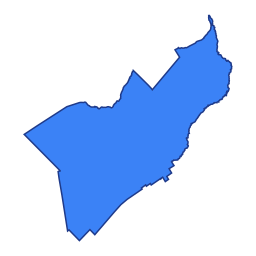 outline of San Antonio de Areco, Buenos Aires, Argentina
{"feature_id": "61730980B86135062505656", "entity_name": "San Antonio de Areco", "entity_type": "district", "adm_level": 2, "iso_a3": "ARG", "parent_name": "Argentina", "parent_adm1": "Buenos Aires", "projection": "equal_earth", "projection_center": [-59.396, -34.207], "detail": "fine", "context": "isolated", "style": "filled", "palette": "blue", "viewbox_px": 256, "rotation_deg": 0, "n_neighbors": 0, "source": "geoboundaries", "source_scale": "gbopen_adm2", "svg_char_len": 5733}
<svg xmlns="http://www.w3.org/2000/svg" viewBox="0 0 256 256"><path d="M212.9,103.8L214.0,103.3L214.1,103.1L214.0,102.8L214.2,102.6L214.7,102.7L216.2,102.6L216.8,102.7L216.8,102.4L217.3,102.0L218.5,102.0L218.3,101.6L218.5,101.2L218.9,100.9L219.6,100.7L220.0,99.7L220.9,99.4L221.3,99.3L221.6,99.5L222.1,99.2L222.3,99.0L222.2,98.5L222.4,98.1L222.9,97.6L223.0,97.2L223.0,96.9L223.3,96.6L224.0,96.5L224.6,95.4L224.9,95.1L225.4,95.3L225.5,95.5L226.0,95.7L226.4,95.6L226.4,94.5L226.0,94.2L226.2,93.9L226.8,93.7L226.9,93.3L226.4,92.7L226.5,92.4L226.7,92.2L227.2,92.4L227.3,92.3L227.2,91.9L226.8,91.6L226.8,91.3L227.3,91.1L227.7,91.3L227.9,91.6L228.1,91.5L228.4,90.6L228.7,90.2L229.1,88.5L228.5,88.0L228.4,87.7L228.0,87.6L227.9,87.1L228.0,86.3L227.7,85.5L228.3,84.1L229.0,83.8L229.1,83.6L228.9,82.5L229.2,81.8L229.2,80.9L229.3,80.7L229.3,80.4L229.0,80.2L229.2,78.5L229.0,77.4L229.1,76.6L228.7,75.5L228.7,75.0L228.9,74.6L229.4,74.0L229.4,73.6L229.2,73.2L229.3,73.0L229.7,72.9L230.3,72.1L230.8,71.9L231.0,70.6L230.5,69.9L230.5,69.7L231.0,69.6L231.1,69.2L231.6,68.8L231.4,68.4L231.8,66.5L231.6,66.2L231.5,65.8L231.1,65.6L231.1,65.4L231.3,65.2L231.3,64.9L231.1,64.2L231.2,63.9L230.9,63.4L230.8,62.7L229.8,62.4L229.5,61.7L228.8,61.4L228.0,60.4L227.3,60.5L227.2,61.1L226.8,61.2L226.0,60.2L225.7,60.0L225.6,59.1L225.4,58.7L224.7,58.4L223.7,58.6L222.6,57.9L222.3,57.4L221.5,56.7L221.4,55.9L221.1,55.5L220.9,55.0L220.5,54.8L218.8,54.7L218.1,54.2L218.0,53.9L218.6,53.4L218.9,52.9L218.6,52.7L218.4,52.7L218.0,52.0L217.5,52.0L217.0,51.6L216.9,51.3L217.1,50.4L216.9,49.5L217.2,48.5L217.1,47.9L217.4,47.2L217.4,46.0L217.1,45.2L217.0,44.3L217.3,43.5L217.4,42.6L217.5,42.2L217.8,41.8L217.8,41.3L217.7,40.7L217.0,39.3L216.7,38.4L216.3,37.7L216.4,35.6L215.9,34.9L216.0,34.0L216.0,33.8L215.7,33.5L215.6,33.3L215.6,31.8L215.2,31.5L215.3,30.9L215.1,30.3L214.2,29.3L214.4,28.7L214.3,28.1L214.4,27.9L214.7,27.8L214.8,27.5L214.7,27.3L214.1,27.1L213.9,26.2L213.9,25.8L213.8,25.7L212.3,25.3L212.1,24.3L212.6,24.1L212.6,23.9L212.6,23.5L212.4,23.1L212.5,22.8L212.5,21.9L212.7,21.5L212.5,21.0L212.5,20.2L211.7,19.3L211.7,18.8L211.0,18.4L210.4,17.6L210.3,17.0L209.8,16.3L209.5,15.6L209.2,15.4L208.7,15.5L208.8,16.5L208.6,17.1L208.7,17.4L208.7,18.1L209.0,20.2L209.1,20.3L209.7,20.6L209.9,21.6L210.3,22.1L210.3,22.6L210.7,23.4L210.8,24.0L211.1,24.5L211.0,25.7L211.1,26.5L211.0,26.9L210.8,27.7L210.8,28.6L210.2,30.2L208.2,32.3L206.8,34.5L205.5,35.5L205.0,36.4L203.9,37.5L204.0,38.0L201.5,40.0L197.0,41.4L196.1,42.1L195.5,43.0L195.2,43.2L189.6,46.0L186.7,47.7L185.1,47.6L184.7,47.9L182.8,48.2L181.8,47.8L181.2,47.9L180.7,48.0L180.0,48.5L179.3,48.1L179.0,48.2L178.3,47.6L177.6,48.6L176.4,49.0L175.0,49.8L179.6,57.2L152.3,89.8L151.5,88.6L148.1,85.0L137.5,74.5L133.3,70.5L133.2,71.2L132.8,71.3L132.4,71.7L132.5,72.2L132.3,72.5L131.9,72.9L131.7,73.5L131.7,74.9L131.4,75.0L131.2,75.3L131.0,76.2L130.2,76.7L129.9,77.2L129.5,78.1L129.8,78.4L129.0,79.3L128.8,80.2L128.3,81.0L128.2,81.8L127.6,82.3L127.4,83.0L127.2,83.3L126.4,84.0L126.1,84.5L124.9,85.6L124.6,86.0L124.2,86.2L124.1,86.6L123.4,87.5L122.9,89.4L121.9,91.7L121.5,92.2L121.2,93.6L120.8,94.1L120.6,95.5L120.8,96.0L120.6,97.8L120.7,98.5L119.7,99.4L119.3,100.1L119.2,100.6L118.6,101.2L118.0,101.2L117.5,100.9L116.8,101.1L116.5,101.6L116.1,102.7L115.2,103.3L115.1,103.5L114.3,104.1L114.2,104.6L113.7,104.9L113.4,105.4L113.2,106.4L112.4,107.4L111.6,107.8L111.2,107.8L110.2,107.1L109.8,107.1L108.6,106.7L107.3,106.8L106.5,107.2L105.6,107.4L103.7,107.3L103.0,107.5L102.1,107.0L101.7,107.0L100.8,107.5L100.5,107.9L100.1,108.1L99.5,108.7L99.0,108.8L98.3,108.5L97.9,108.2L98.0,108.0L96.8,106.9L96.0,106.8L95.4,106.6L94.9,106.5L94.8,107.1L94.0,106.9L93.2,107.0L92.4,107.0L91.9,107.1L90.8,106.8L90.6,106.6L90.3,106.5L89.5,106.1L89.3,105.7L88.2,105.3L85.7,102.3L84.8,102.1L83.8,102.5L80.6,102.4L79.4,102.6L66.8,106.7L36.7,126.1L24.2,134.4L60.1,170.7L60.0,171.1L59.1,171.1L58.1,171.6L59.1,178.6L62.0,195.4L67.6,231.0L69.0,229.9L79.4,240.6L89.9,229.6L94.8,234.7L114.3,212.0L120.9,204.6L127.2,199.3L142.1,189.1L141.4,188.0L145.7,184.9L146.4,186.2L150.3,183.5L151.2,185.0L160.4,178.7L160.7,179.1L161.3,178.5L161.2,178.2L162.7,177.2L165.3,181.6L168.5,179.4L166.8,176.4L171.6,173.0L169.1,168.7L174.0,165.6L171.6,161.9L172.1,161.5L172.1,161.1L173.3,160.7L173.6,160.1L174.6,160.2L175.6,160.1L176.3,160.1L177.1,159.9L177.7,160.0L178.1,159.4L178.1,159.0L178.4,158.7L178.8,158.7L179.4,158.4L179.7,158.0L179.8,157.3L180.1,156.8L180.2,156.3L180.5,156.3L180.7,156.6L180.9,156.6L181.2,156.2L181.3,155.7L181.3,155.3L181.4,155.1L181.8,154.8L182.1,154.9L182.6,154.4L182.7,154.2L182.4,153.8L182.6,153.3L182.9,152.9L183.1,152.1L183.8,151.8L184.2,151.0L184.9,150.1L184.7,149.6L184.7,149.3L185.6,148.5L186.6,148.1L186.9,148.2L187.1,148.1L187.3,147.6L187.8,147.0L188.3,145.9L188.1,145.2L187.7,145.1L187.3,144.5L187.9,143.4L188.0,143.0L188.0,141.7L186.9,139.9L186.8,139.1L186.4,138.3L186.5,137.9L187.5,138.0L187.8,137.9L188.0,137.7L188.0,136.5L187.9,136.1L188.2,135.5L188.1,134.6L188.2,134.2L188.9,133.3L189.2,133.3L189.0,132.8L189.0,131.8L188.7,131.4L188.8,131.0L189.1,130.4L188.8,129.8L189.1,129.2L189.4,128.1L190.2,127.0L190.3,126.7L190.3,126.0L190.5,125.6L191.1,125.2L191.2,124.9L191.1,123.8L191.2,123.5L191.4,123.4L192.1,123.7L192.3,123.6L192.8,122.9L193.9,122.4L195.1,121.7L195.5,120.9L195.9,120.4L196.2,119.5L197.5,118.1L197.7,117.3L198.3,117.0L198.7,116.0L199.4,115.3L199.4,114.9L200.0,114.3L200.8,113.1L202.9,111.9L204.2,110.2L204.4,109.8L204.1,108.9L205.0,108.8L205.1,108.6L205.0,108.2L205.2,107.9L206.2,107.9L206.5,107.0L206.6,106.9L207.1,106.9L208.1,106.3L208.3,106.1L208.0,105.6L207.9,105.4L208.0,105.2L209.0,105.3L209.4,105.3L209.8,105.1L211.0,104.2L211.8,104.3L212.6,104.1L212.9,103.8Z" fill="#3b82f6" stroke="#1e3a8a" stroke-width="1.5"/></svg>